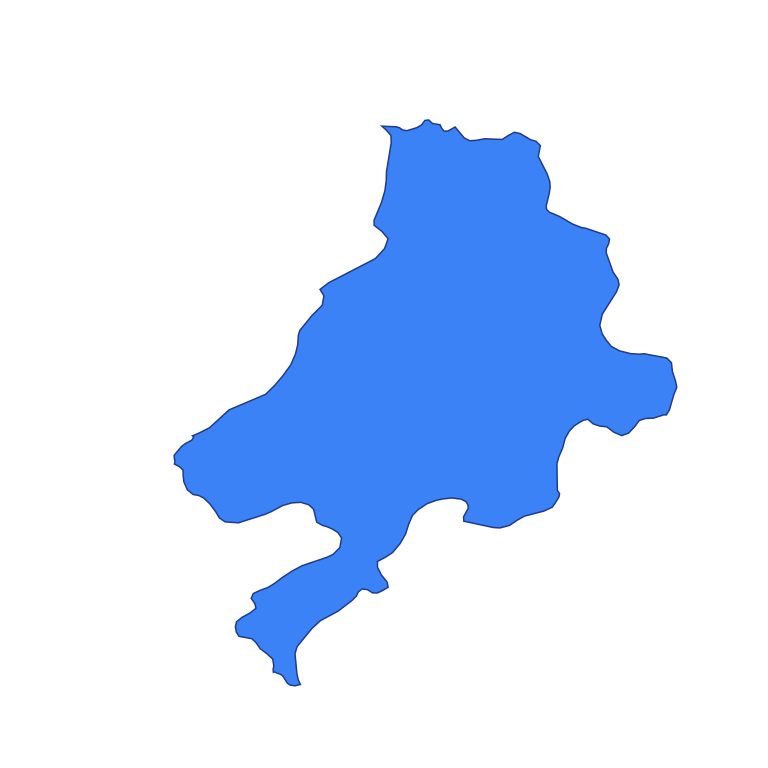 the border of Houet, rotated 231°
{"feature_id": "BFA-2799", "entity_name": "Houet", "entity_type": "Province", "adm_level": 1, "iso_a3": "BFA", "parent_name": "Burkina Faso", "parent_adm1": "", "projection": "natural_earth1", "projection_center": [-4.316, 11.385], "detail": "fine", "context": "isolated", "style": "filled", "palette": "blue", "viewbox_px": 768, "rotation_deg": 231, "n_neighbors": 0, "source": "natural_earth", "source_scale": "10m", "svg_char_len": 2967}
<svg xmlns="http://www.w3.org/2000/svg" viewBox="0 0 768 768"><g transform="rotate(231 384 384)"><path d="M219.3,121.5L222.6,121.3L229.3,117.6L229.6,116.6L232.1,118.3L234.2,120.9L240.2,124.4L248.3,123.2L256.2,121.2L263.2,121.8L269.3,121.0L279.1,112.5L284.2,113.1L288.9,115.8L292.0,119.7L292.0,126.8L290.3,136.1L290.3,143.4L294.6,145.4L301.0,145.9L303.4,150.6L301.6,157.9L298.9,165.8L297.9,173.6L297.7,182.5L296.5,194.7L294.3,206.1L285.2,230.8L283.6,237.3L284.7,246.8L291.0,254.1L297.4,254.7L303.3,252.8L308.7,250.1L313.0,247.1L319.1,244.8L330.9,250.5L337.6,249.5L344.4,244.9L349.7,237.4L353.3,228.9L355.9,215.5L357.7,209.3L367.8,183.4L376.8,173.8L383.4,171.8L391.6,172.9L400.4,173.2L408.6,172.2L413.9,169.9L418.3,166.1L425.6,164.6L433.9,166.9L439.4,170.4L443.6,173.7L448.8,173.0L453.7,170.7L455.2,172.7L458.2,174.3L460.7,176.1L462.9,187.4L462.6,192.5L461.3,199.2L462.6,202.8L464.3,202.5L462.3,209.3L459.8,221.0L461.4,247.4L450.5,285.5L451.8,298.6L454.1,310.8L457.5,323.5L463.0,334.1L469.0,341.9L475.6,347.9L478.6,352.2L482.5,370.9L484.1,385.6L490.3,392.8L497.8,393.8L497.5,404.8L486.9,456.2L488.9,469.7L494.3,478.6L503.9,478.4L513.7,476.2L515.1,477.5L517.5,479.3L526.5,496.0L533.6,506.3L540.8,513.9L547.4,519.5L567.0,541.5L572.7,545.8L580.5,545.5L585.7,544.6L576.0,555.6L573.2,557.4L571.5,557.8L569.5,558.4L566.4,561.3L562.6,570.7L561.7,576.3L563.1,581.6L561.1,584.9L556.0,585.6L550.2,590.7L546.4,589.8L542.8,589.8L540.4,592.7L539.0,601.0L524.8,601.2L519.1,603.7L515.2,609.2L511.3,616.5L499.7,629.7L498.9,637.2L497.5,643.8L492.9,647.5L481.7,651.6L476.9,654.9L470.8,655.5L463.8,647.1L444.5,643.0L437.0,640.2L432.4,637.0L428.0,632.2L420.3,622.1L417.3,620.2L413.3,620.7L403.6,625.9L389.6,631.2L381.2,636.0L378.1,638.8L360.0,650.2L354.7,650.5L351.6,646.8L349.5,642.3L346.5,639.4L327.0,632.5L318.2,631.7L313.2,629.2L309.3,622.6L300.9,597.6L293.8,588.6L285.6,585.1L278.4,584.3L270.3,584.3L261.7,587.8L252.5,594.7L246.4,601.3L243.7,605.3L226.2,620.1L219.7,620.8L212.2,616.0L203.0,612.5L197.1,609.4L193.5,602.8L184.2,589.4L182.3,583.9L184.0,582.0L187.9,571.9L192.6,565.6L195.0,559.5L193.1,551.9L191.9,543.2L194.3,536.3L201.9,532.3L210.7,530.1L215.3,525.4L221.3,521.5L228.3,520.2L230.3,516.2L231.2,511.0L231.8,505.3L230.7,498.2L227.7,490.5L222.0,482.8L217.3,473.9L213.3,468.3L192.3,451.8L188.3,451.4L186.3,449.2L184.2,443.6L182.4,437.3L184.6,428.3L193.0,409.9L194.4,401.4L195.1,392.6L199.2,383.5L203.7,378.6L227.1,359.7L230.7,362.2L234.4,371.2L237.3,373.2L241.0,373.6L246.0,371.5L253.0,364.7L257.7,357.3L260.6,351.7L263.9,342.1L264.9,331.2L263.9,323.3L259.5,314.9L253.9,306.5L249.9,296.2L247.6,284.5L248.3,277.5L250.2,267.2L245.8,263.7L237.4,261.8L228.2,261.8L223.4,259.3L224.4,253.0L225.7,247.4L229.0,243.6L234.5,241.8L238.5,238.0L238.6,233.2L236.6,229.1L235.9,222.5L236.4,205.2L240.1,185.8L239.4,174.2L234.6,151.2L230.4,145.1L213.5,133.9L207.9,131.1L203.1,130.0L205.4,125.0L209.0,121.6L212.5,120.6L219.3,121.5Z" fill="#3b82f6" stroke="#1e3a8a" stroke-width="1.5"/></g></svg>